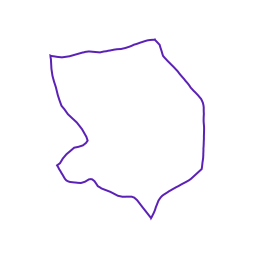 outline of Sibah, Abyan, Yemen, rotated 342°
{"feature_id": "15242507B86075085818798", "entity_name": "Sibah", "entity_type": "district", "adm_level": 2, "iso_a3": "YEM", "parent_name": "Yemen", "parent_adm1": "Abyan", "projection": "natural_earth1", "projection_center": [45.411, 13.815], "detail": "fine", "context": "isolated", "style": "outline", "palette": "violet", "viewbox_px": 256, "rotation_deg": 342, "n_neighbors": 0, "source": "geoboundaries", "source_scale": "gbopen_adm2", "svg_char_len": 2516}
<svg xmlns="http://www.w3.org/2000/svg" viewBox="0 0 256 256"><g transform="rotate(342 128 128)"><path d="M114.5,43.1L110.8,42.4L109.0,42.4L108.4,42.2L94.5,41.7L87.0,40.4L82.7,38.5L80.0,37.1L77.1,35.7L76.6,35.2L76.2,36.9L75.9,38.9L73.5,47.9L72.4,54.3L72.2,56.5L72.0,60.8L72.0,67.1L71.5,73.7L71.4,75.2L71.4,80.1L71.6,86.3L73.3,90.5L75.1,96.3L77.8,101.2L81.0,106.9L83.9,114.9L85.7,123.6L85.7,127.5L83.5,129.2L79.8,130.6L75.2,130.6L70.7,130.1L66.6,131.8L64.9,132.5L61.4,133.9L56.7,136.8L52.4,140.5L49.0,141.6L49.5,143.7L49.8,145.9L50.4,148.1L50.8,150.2L51.4,152.5L51.8,154.6L52.3,156.8L53.1,158.7L54.5,160.2L56.0,161.3L57.7,162.1L59.9,163.1L61.8,163.9L63.5,164.7L65.6,165.5L65.9,165.7L67.5,165.8L69.6,165.8L70.5,165.8L72.4,165.4L74.8,164.8L76.8,165.1L78.1,165.8L79.7,168.2L80.7,171.6L81.3,174.0L82.9,175.7L84.1,177.3L91.4,183.2L93.7,185.5L97.4,189.3L101.5,191.7L106.8,193.3L110.2,194.4L112.4,196.1L114.4,199.5L117.6,208.6L118.4,210.7L122.1,220.8L122.1,220.7L122.1,220.8L122.8,220.2L124.4,218.6L125.9,217.1L127.7,215.1L129.0,213.4L130.1,211.8L131.4,210.3L133.2,208.1L134.6,206.4L136.3,205.1L137.8,204.0L139.7,203.0L141.6,202.4L143.6,201.9L145.6,201.4L147.5,200.8L149.3,200.5L151.4,200.0L153.5,199.6L155.4,199.2L157.6,198.9L159.6,198.5L161.4,198.1L163.7,197.7L165.6,197.4L167.7,197.0L169.7,196.6L170.9,196.2L172.0,195.9L185.4,189.8L186.4,187.8L187.3,185.8L188.2,183.8L189.2,181.8L190.2,179.7L191.1,177.4L191.8,175.4L192.7,173.0L193.4,170.8L194.2,168.9L195.2,166.2L196.1,163.7L196.9,161.6L197.6,159.4L198.5,156.9L199.2,154.9L199.9,152.9L200.6,150.7L201.2,148.3L201.8,145.7L202.4,143.7L203.2,141.4L204.5,138.0L205.1,135.8L205.7,133.9L206.4,131.7L206.8,129.6L207.0,127.2L206.8,125.1L206.5,122.9L205.6,120.8L204.8,118.7L203.9,116.8L203.0,114.9L201.9,112.9L201.0,110.9L200.1,109.0L199.5,106.7L198.8,104.6L197.9,102.4L197.1,100.6L196.9,99.9L196.4,98.6L195.4,96.3L194.4,93.9L193.6,91.9L192.9,89.7L191.9,87.5L191.7,87.2L191.0,85.6L190.1,83.7L188.9,81.4L187.7,79.0L186.4,76.5L185.6,74.7L184.5,72.4L183.6,70.2L183.6,68.1L183.7,65.7L183.7,63.5L183.7,60.9L183.7,60.5L183.8,58.7L181.8,54.4L181.0,52.9L180.9,52.1L180.7,52.1L179.9,52.1L177.8,51.5L176.0,51.1L173.8,50.7L171.6,50.6L169.5,50.6L167.5,50.6L165.5,50.6L163.5,50.7L161.4,50.7L159.3,50.6L157.5,50.9L154.9,51.1L152.4,51.1L150.1,51.1L148.0,50.9L145.7,50.7L143.5,50.1L141.5,49.6L141.3,49.6L139.1,49.2L137.1,49.0L135.7,48.8L135.1,48.8L133.0,48.4L131.1,48.3L128.8,47.8L126.7,47.6L125.5,47.5L124.8,47.5L114.5,43.1L114.5,43.1Z" fill="none" stroke="#5b21b6" stroke-width="2"/></g></svg>